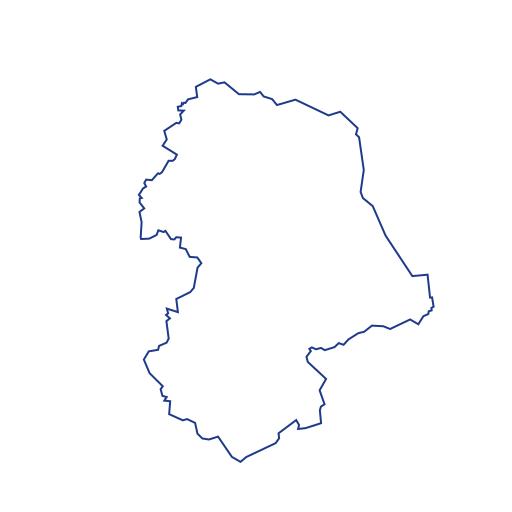 Inešu pag., Vecpiebalgas, Latvia, rotated 64°
{"feature_id": "27541924B64106347464123", "entity_name": "Inešu pag.", "entity_type": "district", "adm_level": 2, "iso_a3": "LVA", "parent_name": "Latvia", "parent_adm1": "Vecpiebalgas", "projection": "orthographic", "projection_center": [25.833, 57.007], "detail": "medium", "context": "isolated", "style": "outline", "palette": "blue", "viewbox_px": 512, "rotation_deg": 64, "n_neighbors": 0, "source": "geoboundaries", "source_scale": "gbopen_adm2", "svg_char_len": 1950}
<svg xmlns="http://www.w3.org/2000/svg" viewBox="0 0 512 512"><g transform="rotate(64 256 256)"><path d="M103.3,283.6L112.1,285.1L116.0,291.6L130.2,282.7L133.4,286.6L133.9,289.2L132.1,292.8L139.5,303.8L140.0,306.6L138.7,307.9L142.2,316.4L139.2,321.2L141.4,324.4L145.4,324.3L145.8,328.0L149.8,334.5L153.7,333.3L153.3,335.2L156.8,337.2L164.2,335.6L165.3,341.4L175.5,344.0L188.9,351.6L190.4,351.8L193.6,344.3L193.5,336.1L190.1,332.5L194.0,328.5L193.7,326.4L203.6,325.0L205.3,322.1L204.2,319.4L206.6,315.3L215.1,320.7L219.0,316.1L227.7,316.0L231.6,309.4L238.5,308.3L240.8,313.6L257.4,325.9L259.6,330.9L259.7,346.5L272.2,350.8L264.2,359.2L269.0,360.1L269.6,362.7L274.3,360.7L275.3,365.1L292.0,370.7L294.7,374.4L294.3,382.5L297.4,385.1L294.7,394.2L299.9,402.2L314.7,403.0L332.2,396.9L333.9,400.1L340.7,401.4L343.6,398.1L345.8,401.8L348.9,396.8L360.1,403.4L371.6,393.8L372.4,389.4L379.3,383.9L390.0,386.5L396.5,384.2L400.3,378.7L401.7,369.3L426.1,365.7L434.2,360.2L432.4,352.7L432.8,320.3L430.0,315.2L425.2,313.4L421.1,291.8L426.8,291.4L429.9,294.0L432.4,287.1L434.8,270.8L422.6,266.2L419.8,263.6L419.3,259.4L404.6,257.7L397.2,246.9L373.9,255.9L368.7,254.8L365.5,248.4L362.9,248.8L362.6,245.9L366.1,243.0L367.1,237.9L370.8,235.4L372.3,225.4L370.6,219.8L374.2,216.2L371.5,209.5L370.2,198.0L371.5,192.0L369.4,182.3L375.0,172.3L380.4,167.5L380.6,145.3L388.5,140.0L383.5,132.0L383.7,126.6L381.4,125.0L381.9,122.0L379.6,121.1L379.4,118.6L370.4,115.9L369.7,117.8L348.0,110.0L342.6,124.3L294.5,130.6L262.4,129.2L250.8,134.5L244.3,133.9L225.9,121.4L194.4,111.3L190.5,112.8L185.7,108.6L163.3,117.0L161.4,129.2L132.8,152.0L129.5,171.0L122.1,172.7L115.9,179.2L110.3,180.4L110.0,186.7L103.1,200.4L86.1,208.2L84.5,214.5L77.2,219.6L77.6,235.9L87.4,239.2L85.4,248.4L87.5,252.3L86.6,253.6L87.5,255.1L86.2,255.6L88.5,257.4L87.6,260.9L91.1,262.0L93.7,257.2L95.5,262.1L100.8,263.3L103.1,266.9L101.4,269.2L103.3,283.6Z" fill="none" stroke="#1e3a8a" stroke-width="2"/></g></svg>